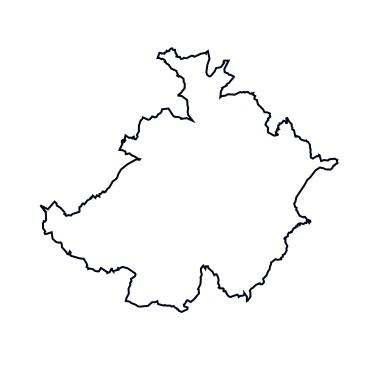 Tapalpa, Jalisco, Mexico (Albers equal-area conic projection), rotated 217°
{"feature_id": "50627088B26698937893318", "entity_name": "Tapalpa", "entity_type": "district", "adm_level": 2, "iso_a3": "MEX", "parent_name": "Mexico", "parent_adm1": "Jalisco", "projection": "albers", "projection_center": [-103.771, 19.947], "detail": "fine", "context": "isolated", "style": "outline", "palette": "ink", "viewbox_px": 384, "rotation_deg": 217, "n_neighbors": 0, "source": "geoboundaries", "source_scale": "gbopen_adm2", "svg_char_len": 5975}
<svg xmlns="http://www.w3.org/2000/svg" viewBox="0 0 384 384"><g transform="rotate(217 192 192)"><path d="M304.3,89.8L298.1,88.5L298.6,88.2L296.2,87.5L291.6,81.7L291.7,79.7L292.7,79.5L292.1,77.2L289.1,73.3L285.6,72.3L285.2,70.8L284.3,70.1L283.2,70.6L279.9,75.4L275.3,70.8L270.9,70.3L268.5,71.0L266.2,72.7L264.6,72.0L262.7,69.7L255.9,68.3L254.1,67.4L252.9,68.0L253.9,71.0L252.4,70.6L251.5,68.4L250.2,68.2L241.1,71.7L238.4,73.5L233.6,71.7L231.5,70.3L231.1,68.7L229.7,68.9L228.5,68.0L228.2,68.9L224.9,70.7L222.1,70.6L219.2,72.0L218.6,72.9L219.0,76.5L211.5,77.0L210.9,76.3L210.6,76.8L211.1,77.0L209.5,78.2L210.2,82.2L209.7,82.5L209.1,81.5L206.8,81.1L207.2,81.6L204.2,85.4L204.9,85.5L205.3,86.8L204.1,86.9L202.5,90.3L197.8,92.3L188.4,92.8L187.3,92.0L186.9,90.2L188.4,85.8L186.6,84.2L186.7,81.9L185.4,80.9L184.5,76.6L181.3,72.8L180.6,68.1L179.3,65.1L175.5,67.0L174.1,66.7L169.1,68.1L166.5,68.1L164.5,69.2L158.6,74.6L157.5,80.0L155.1,81.8L154.0,83.9L151.6,82.1L146.0,84.4L145.7,85.4L143.9,85.9L141.1,88.1L139.3,88.3L138.0,89.9L136.1,89.5L134.0,89.9L133.1,89.4L132.4,89.9L130.8,89.2L128.1,90.0L125.1,95.5L126.0,97.1L129.4,96.0L130.8,97.1L130.3,98.8L130.9,102.2L130.2,102.9L126.9,103.3L125.8,107.5L125.4,115.2L128.0,118.1L128.7,118.1L129.7,123.3L132.6,127.9L133.6,128.6L134.4,131.9L137.1,134.0L138.8,136.3L138.7,140.0L135.1,138.7L136.1,141.1L134.6,142.2L133.2,141.1L127.7,140.7L124.1,138.9L123.7,140.4L122.9,141.0L120.5,140.0L118.0,138.0L116.1,134.6L114.5,134.2L113.1,132.9L113.1,131.7L111.8,131.8L109.3,133.7L108.1,133.5L107.5,131.9L106.5,131.9L105.5,133.0L102.3,131.3L99.6,130.7L97.9,131.5L94.2,137.2L93.1,137.3L91.5,136.3L91.0,138.0L89.1,139.7L88.4,141.4L89.5,142.8L85.1,141.4L82.6,138.0L82.1,139.5L82.3,143.6L85.1,147.1L86.5,148.0L86.5,150.7L85.8,151.7L85.0,156.4L82.9,159.9L81.9,159.5L80.5,160.4L80.1,162.5L80.5,163.7L83.0,165.5L82.3,170.1L83.5,174.8L83.4,176.9L84.7,179.1L85.6,182.3L86.4,183.2L84.8,188.7L83.1,189.1L80.3,192.0L81.3,193.0L80.5,195.0L81.6,196.5L80.6,198.1L81.2,202.3L82.7,203.8L83.1,206.0L87.6,208.4L88.4,210.0L90.1,210.3L90.3,211.2L89.4,211.4L89.7,212.8L88.8,214.3L89.9,215.7L90.2,217.7L89.2,218.3L89.2,219.6L88.3,219.9L89.0,224.2L87.8,225.8L88.4,227.0L87.1,227.9L88.1,229.4L87.8,230.6L86.1,230.4L86.7,232.2L83.6,233.6L83.1,235.5L81.9,236.1L82.8,237.4L80.9,238.4L79.7,237.9L79.7,239.8L80.7,240.2L83.4,239.2L86.9,240.1L87.7,238.9L91.5,237.8L95.6,239.5L96.2,240.2L98.0,240.3L98.9,242.3L100.8,242.2L103.5,244.4L103.6,246.4L105.5,250.6L106.3,264.9L107.2,271.2L106.4,274.2L106.4,283.6L104.6,288.5L101.5,290.0L98.7,290.6L94.9,293.3L94.4,295.2L94.9,298.2L94.1,298.9L94.2,300.7L93.1,302.5L95.0,304.0L95.2,305.0L97.7,304.6L99.1,303.5L102.0,300.8L102.4,298.9L105.8,297.0L107.5,294.4L112.0,298.0L113.0,298.0L112.5,296.6L113.9,295.8L115.6,291.4L117.8,291.1L119.2,292.5L119.3,293.4L121.3,294.9L123.0,297.6L124.1,298.1L126.1,300.6L129.2,301.8L130.8,301.4L131.8,301.9L132.7,300.8L135.5,299.8L137.4,299.6L139.1,300.5L141.9,299.8L142.0,299.0L142.8,298.5L147.7,302.7L149.6,302.3L150.6,303.9L151.9,304.4L153.2,306.1L157.3,306.8L160.4,308.4L161.0,307.5L159.0,306.1L157.8,304.2L158.3,303.7L159.9,304.6L161.8,304.0L161.8,300.6L163.3,299.5L162.6,298.2L163.2,297.0L162.5,295.8L161.8,295.6L161.7,294.7L160.5,294.4L161.1,293.8L160.9,293.0L161.6,292.9L160.8,290.7L161.1,290.2L160.3,289.4L159.6,289.6L159.5,289.1L158.1,289.6L157.9,288.9L160.4,286.4L167.4,285.4L169.9,289.0L173.9,290.0L174.7,293.0L174.4,295.5L175.5,296.3L174.8,299.3L176.1,300.1L177.0,301.6L180.0,300.8L182.2,299.3L184.7,300.7L192.2,301.7L195.4,304.5L198.1,303.9L198.8,304.6L199.2,306.7L202.4,306.4L202.7,307.8L204.6,305.5L207.7,305.5L209.9,303.1L210.7,303.3L211.9,301.6L213.7,300.8L216.5,295.4L222.1,291.7L223.4,289.0L226.0,286.4L226.4,284.7L229.5,289.9L229.8,292.8L230.6,293.2L228.3,298.1L229.2,298.8L228.2,301.4L227.7,308.7L228.1,309.4L231.6,308.8L233.1,307.9L234.8,308.4L237.9,307.3L240.1,309.5L241.8,318.9L245.4,316.3L245.1,314.7L244.1,314.6L244.0,309.8L244.6,308.3L247.3,305.7L246.5,302.0L246.7,296.6L247.3,295.1L248.1,294.7L250.2,294.7L252.5,296.1L256.4,303.1L258.2,308.9L264.1,314.1L264.7,311.7L264.3,310.9L265.2,310.9L268.1,307.8L271.3,301.6L273.1,301.4L274.6,300.2L276.9,295.4L279.3,294.3L279.7,292.8L281.0,291.6L283.2,292.6L284.8,291.1L285.7,291.7L286.1,291.1L287.0,292.7L288.6,293.0L291.2,295.3L292.8,294.0L294.3,294.7L295.0,294.2L295.5,291.8L295.1,291.0L295.9,289.9L297.2,289.6L296.7,288.6L297.6,287.1L297.2,285.8L298.5,285.4L299.6,284.2L300.5,284.3L301.7,283.6L300.1,278.3L298.9,279.3L296.2,279.7L295.6,280.8L292.8,280.8L292.1,279.5L291.2,280.0L289.9,279.3L287.1,279.6L282.9,278.1L277.5,279.3L273.9,277.3L273.9,276.0L271.9,276.1L271.6,277.1L270.3,277.4L266.9,277.3L264.9,275.0L262.8,274.0L260.3,270.3L260.5,264.7L261.3,261.3L260.8,260.8L258.0,262.5L251.2,262.5L247.3,258.0L245.8,257.1L243.7,253.4L241.5,251.3L234.4,249.3L240.7,247.8L244.5,244.0L244.8,244.5L247.8,243.8L251.2,241.6L252.8,241.5L261.0,244.5L265.7,240.1L264.7,237.8L264.7,236.0L265.7,233.8L265.6,230.4L266.6,229.2L269.2,228.4L269.4,224.9L270.3,223.4L276.1,222.0L275.7,221.5L275.9,217.6L274.2,212.8L270.8,208.4L270.4,204.5L268.7,203.6L268.6,200.2L269.8,199.6L271.8,201.2L272.4,200.0L272.0,198.9L274.2,198.2L275.0,197.3L279.2,197.2L277.7,194.0L276.3,193.2L276.4,191.1L277.2,190.9L278.1,192.4L278.9,190.8L277.8,189.3L276.6,188.9L275.3,182.0L272.2,183.7L269.6,184.2L267.6,182.4L265.2,185.2L262.1,185.0L259.4,185.8L254.7,186.1L253.3,186.9L253.3,186.1L255.8,184.9L256.7,183.3L260.2,175.4L262.2,167.5L261.7,162.2L260.4,158.3L260.6,156.0L261.7,152.9L260.8,146.0L261.4,143.4L261.2,139.8L261.8,138.8L262.6,139.2L263.5,138.8L263.7,135.8L264.6,134.6L263.2,132.6L265.9,132.2L265.6,129.1L269.1,129.4L268.9,127.7L269.5,126.6L268.7,126.2L270.5,122.2L270.5,117.3L272.1,117.3L272.5,115.9L271.9,114.0L272.8,112.1L270.2,108.9L270.2,108.1L274.3,102.4L274.5,100.4L276.6,99.3L278.0,97.3L279.5,97.5L279.8,98.2L280.7,97.6L281.8,99.2L287.6,100.2L291.9,99.8L293.0,101.2L295.9,101.6L296.7,91.5L304.3,90.2L304.3,89.8Z" fill="none" stroke="#020617" stroke-width="2"/></g></svg>